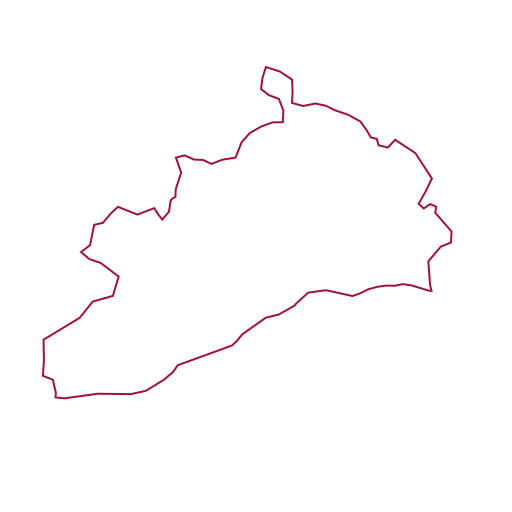 the border of Ruse, rotated 194°
{"feature_id": "BGR-2262", "entity_name": "Ruse", "entity_type": "Province", "adm_level": 1, "iso_a3": "BGR", "parent_name": "Bulgaria", "parent_adm1": "", "projection": "natural_earth1", "projection_center": [25.944, 43.687], "detail": "fine", "context": "isolated", "style": "outline", "palette": "rose", "viewbox_px": 512, "rotation_deg": 194, "n_neighbors": 0, "source": "natural_earth", "source_scale": "10m", "svg_char_len": 1394}
<svg xmlns="http://www.w3.org/2000/svg" viewBox="0 0 512 512"><g transform="rotate(194 256 256)"><path d="M97.8,265.1L106.8,264.2L114.2,260.7L121.7,259.0L130.8,255.5L139.3,250.7L145.6,245.2L152.7,240.5L177.3,239.8L179.9,239.7L196.5,233.1L205.8,219.1L206.6,217.2L219.8,204.7L231.7,198.4L250.5,176.5L253.8,169.3L257.6,163.4L305.5,131.1L308.5,123.3L315.5,113.6L330.2,98.6L344.0,91.7L376.1,84.1L407.6,71.5L416.3,70.3L417.2,75.1L423.2,86.8L433.8,88.2L436.5,103.4L441.9,123.4L412.1,153.4L403.4,172.3L385.2,182.7L384.3,202.8L405.0,211.7L417.0,212.7L426.7,217.5L419.6,226.5L420.6,247.1L412.6,251.1L407.1,262.2L401.8,270.3L381.2,267.5L366.3,277.8L360.9,272.7L355.8,268.7L351.2,277.8L352.2,289.3L350.6,291.9L348.4,293.9L349.3,297.5L350.0,301.4L348.8,318.9L357.5,332.1L349.6,336.4L339.5,334.6L330.6,336.4L321.5,334.6L312.1,341.2L299.6,346.6L297.5,362.8L291.8,373.8L282.5,382.7L272.2,389.7L262.4,392.3L264.6,403.7L271.7,413.9L282.4,415.2L291.5,419.2L292.8,430.3L292.1,441.7L277.6,440.8L263.7,435.9L260.2,424.1L258.1,413.2L246.5,413.0L235.3,418.3L224.8,418.7L214.5,416.5L200.7,415.3L187.1,411.7L179.2,404.9L173.2,398.8L167.1,398.9L163.9,393.1L154.3,393.1L149.1,402.4L126.3,394.4L104.1,373.8L106.9,360.2L110.8,346.0L104.8,342.7L99.4,348.5L93.2,347.5L92.5,341.3L72.2,327.1L70.1,316.2L78.9,309.9L87.5,292.5L80.2,270.3L77.3,264.6L79.8,264.2L97.8,265.1Z" fill="none" stroke="#9f1239" stroke-width="2"/></g></svg>